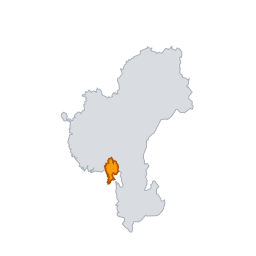 location of Shandong within China, rotated 115°
{"feature_id": "CHN-1814", "entity_name": "Shandong", "entity_type": "Province", "adm_level": 1, "iso_a3": "CHN", "parent_name": "China", "parent_adm1": "", "projection": "robinson", "projection_center": [118.824, 36.396], "detail": "fine", "context": "in_parent", "style": "filled", "palette": "amber", "viewbox_px": 256, "rotation_deg": 115, "n_neighbors": 0, "source": "natural_earth", "source_scale": "10m", "svg_char_len": 7995}
<svg xmlns="http://www.w3.org/2000/svg" viewBox="0 0 256 256"><g transform="rotate(115 128 128)"><path d="M138.8,181.8L134.6,180.0L134.2,178.0L135.0,177.0L132.0,176.5L130.1,174.9L125.7,177.9L124.7,177.0L122.6,178.3L120.9,177.1L119.8,178.5L118.4,178.1L117.8,179.0L118.3,183.1L116.7,183.0L116.3,180.9L113.2,181.9L112.5,179.8L110.1,179.4L111.2,176.3L109.2,175.4L108.6,172.7L109.2,171.9L105.0,172.7L105.5,171.5L105.0,170.0L106.0,167.6L108.9,165.3L109.2,158.8L108.0,158.9L107.5,156.7L106.1,155.3L105.0,156.4L101.7,155.7L102.7,154.3L102.3,153.2L101.3,153.7L102.1,152.5L101.1,151.7L98.9,153.3L96.5,152.2L91.9,154.8L89.9,157.4L87.6,158.2L85.4,156.9L81.0,156.1L77.5,159.8L76.8,156.9L73.5,157.9L70.4,156.8L69.7,157.5L68.8,156.8L68.3,157.6L67.4,156.2L65.6,156.0L65.8,155.0L62.9,153.8L62.6,152.6L60.9,152.7L56.3,148.4L54.3,148.4L53.2,149.5L47.4,144.3L46.3,144.7L46.5,142.2L45.6,140.1L48.3,140.2L47.4,134.4L48.3,133.3L46.3,132.0L46.0,128.9L40.3,127.6L39.6,126.7L39.8,124.5L35.5,122.6L38.0,121.7L37.4,120.9L37.7,117.8L34.6,117.1L34.6,113.9L35.6,113.4L36.1,111.6L39.1,110.0L41.4,109.5L41.5,110.7L43.5,110.5L45.8,108.0L49.6,107.8L51.8,106.0L56.7,104.1L56.9,101.8L58.2,101.0L57.8,100.4L59.1,100.0L58.4,96.4L59.2,94.1L57.5,93.5L63.3,91.8L65.6,92.6L66.1,91.5L65.3,90.9L68.5,85.0L73.5,86.3L75.7,85.4L77.1,80.8L79.7,80.0L81.1,77.9L83.8,77.7L84.0,79.9L90.3,83.2L91.8,87.3L90.2,91.1L90.7,92.3L98.5,93.3L103.7,95.8L103.5,96.7L106.2,101.6L121.7,102.3L123.6,103.7L128.2,105.2L130.7,104.8L130.6,105.6L132.1,105.8L137.7,103.2L145.5,102.7L148.8,101.4L150.7,99.3L153.6,97.9L152.1,95.4L153.6,92.8L158.7,94.0L161.6,91.6L165.0,91.4L167.7,88.3L170.0,88.0L170.3,87.2L177.5,86.9L177.0,85.1L173.5,82.0L171.3,82.0L170.1,83.3L168.3,82.5L165.8,83.1L164.7,81.5L168.2,75.2L171.6,76.4L175.7,74.3L175.4,73.1L178.0,68.8L179.9,67.0L179.6,65.3L177.9,64.7L180.5,62.7L187.9,61.7L193.8,63.5L195.9,66.0L199.8,73.8L199.8,75.3L205.5,76.8L208.7,78.8L210.3,83.1L214.7,83.0L216.5,81.6L219.8,80.6L221.0,81.0L221.4,83.0L219.8,84.5L219.2,88.4L217.2,92.6L213.4,91.9L210.9,93.6L212.1,99.1L211.6,100.9L209.7,101.6L210.0,102.3L208.0,100.6L207.5,102.6L205.2,104.2L202.5,104.4L203.4,105.8L203.0,106.6L198.5,105.4L196.4,108.4L193.1,110.1L191.2,112.1L186.8,113.3L181.7,116.6L181.5,115.9L183.3,115.2L183.7,114.1L182.0,114.1L182.0,113.5L185.0,109.9L183.6,108.1L181.6,108.4L179.5,110.9L176.2,112.7L174.9,114.9L171.2,115.1L170.8,117.7L174.8,119.2L174.8,121.9L175.9,122.6L177.3,122.5L178.9,120.6L180.4,120.0L183.2,121.4L186.4,121.6L185.4,123.8L184.1,123.3L180.6,124.5L180.1,126.4L178.7,126.1L179.0,127.0L175.5,131.3L179.0,133.4L180.9,139.5L184.0,142.4L183.8,143.2L179.8,141.7L178.3,142.3L180.4,142.1L184.0,145.6L181.1,148.1L179.6,148.2L178.8,148.7L182.2,148.5L184.9,150.1L183.0,151.6L184.5,151.6L184.4,152.9L182.9,152.9L183.6,153.6L183.0,154.8L183.4,156.1L181.9,156.0L180.6,157.2L178.4,162.4L176.9,161.8L177.8,163.5L176.5,164.6L175.4,164.3L177.0,164.8L177.0,167.1L175.6,166.9L175.9,167.7L174.9,167.8L173.9,170.0L171.2,170.6L171.9,171.4L169.7,173.9L168.2,173.7L166.7,176.4L158.7,178.0L157.1,175.8L156.4,176.5L157.1,179.1L155.6,179.2L154.0,180.8L153.2,180.0L153.0,180.9L151.9,180.5L150.7,181.6L146.8,182.5L146.0,183.9L147.1,185.6L146.5,186.4L145.0,186.1L144.3,184.1L145.2,181.9L144.1,181.1L142.7,182.1L140.5,180.3L140.6,181.3L138.8,181.8ZM147.5,187.0L148.7,188.8L145.5,193.4L143.7,194.3L141.0,193.1L141.0,190.2L143.0,188.0L147.5,187.0ZM184.1,144.0L183.0,143.8L182.0,142.8L182.8,143.0L184.1,144.0ZM185.5,149.4L184.7,149.6L184.5,149.1L185.5,149.4ZM177.7,166.3L177.3,166.9L177.3,166.2L177.7,166.3ZM146.4,183.7L147.2,183.4L147.1,183.9L146.4,183.7Z" fill="#d9dde1" stroke="#a8b0b8" stroke-width="1"/><path d="M171.3,118.3L171.7,118.5L171.8,118.6L172.0,118.7L172.0,118.8L172.3,118.8L172.5,118.8L173.2,118.9L173.5,119.1L173.8,118.9L174.5,118.8L174.8,119.0L174.7,119.1L174.8,119.2L174.9,119.5L175.1,119.5L175.3,119.9L175.6,120.1L175.8,120.4L175.8,120.6L175.6,120.6L175.3,120.3L175.2,120.3L175.0,120.7L174.9,120.8L174.8,121.1L174.8,121.7L174.8,122.0L175.4,122.5L175.9,122.6L176.3,122.7L176.6,122.6L177.0,122.6L177.4,122.6L177.4,122.4L177.8,122.2L177.6,121.8L178.3,121.5L178.7,121.2L179.0,120.9L179.1,120.7L178.7,120.5L179.2,120.5L179.5,120.3L179.8,120.3L180.4,120.0L180.7,120.0L180.8,120.0L181.0,120.0L181.2,120.3L181.3,120.4L181.6,120.5L181.6,120.8L182.2,120.9L182.4,120.8L182.3,120.7L182.4,120.8L182.5,120.9L182.4,120.9L182.4,121.0L182.6,121.2L182.7,121.4L182.9,121.4L183.0,121.5L183.3,121.5L183.2,121.4L183.5,121.4L184.1,121.4L184.1,121.5L184.3,121.5L184.3,121.3L184.4,121.1L184.5,121.1L184.8,121.1L184.7,121.3L184.8,121.4L184.9,121.6L185.0,121.4L185.2,121.6L185.8,121.5L186.1,121.6L186.4,121.6L186.5,121.7L186.4,121.7L186.1,121.8L186.2,122.0L186.0,121.9L186.1,122.1L186.2,122.3L186.3,122.4L186.1,122.4L186.1,122.5L185.9,122.5L185.7,122.8L185.8,122.9L185.6,123.0L186.0,123.0L186.0,123.5L185.9,123.5L185.9,123.4L185.6,123.4L185.6,123.5L185.5,123.8L185.4,123.8L184.9,123.7L185.0,123.5L184.9,123.3L184.9,123.1L184.8,123.3L184.6,123.3L184.5,123.5L184.5,123.3L184.5,123.2L184.1,123.2L184.2,123.4L183.7,123.5L183.3,123.8L183.4,123.7L183.2,123.8L183.2,124.1L182.9,124.1L182.8,123.9L183.1,123.8L183.1,123.7L182.9,123.7L182.8,123.9L182.7,123.8L182.6,124.0L182.4,124.1L182.5,124.2L182.2,124.2L181.7,124.4L181.5,124.6L181.3,124.5L181.0,124.7L180.8,124.4L180.4,124.6L180.5,124.7L180.4,124.8L180.5,124.9L180.7,124.7L180.8,124.6L180.9,124.8L181.0,124.8L181.0,125.0L180.9,125.2L180.9,125.3L180.8,125.5L180.8,125.4L180.7,125.3L180.7,125.2L180.4,125.2L180.3,125.4L180.4,125.7L180.1,125.7L180.3,126.3L180.1,126.5L179.8,126.5L179.6,126.6L179.2,126.8L179.0,126.7L179.2,126.2L179.1,125.9L179.0,126.0L178.8,126.2L178.5,126.1L178.4,126.1L178.4,126.3L178.4,126.5L178.6,126.7L178.7,126.9L178.7,127.0L178.8,126.9L178.8,127.0L179.0,126.9L179.0,127.0L178.8,127.1L178.7,127.3L178.7,127.1L178.5,127.3L178.4,127.3L178.2,127.5L178.1,127.9L177.9,127.8L177.9,128.0L177.8,128.3L177.7,128.4L177.6,128.2L177.4,128.4L177.3,128.5L177.3,128.4L177.0,128.5L176.7,129.2L176.6,129.4L176.3,129.5L176.2,129.7L176.1,130.3L175.8,130.4L175.6,130.3L175.2,130.5L174.8,130.5L174.5,130.6L174.5,130.9L174.3,131.3L174.2,131.5L174.1,131.8L173.6,131.8L173.3,131.9L173.2,132.1L173.1,132.7L173.0,132.8L172.9,132.9L172.3,133.0L172.3,132.8L172.2,132.6L172.3,132.4L172.1,132.3L172.0,132.0L171.6,131.9L171.2,132.0L171.1,132.5L170.8,132.5L170.5,132.7L170.4,132.7L170.1,132.7L169.7,132.2L169.5,132.3L169.4,132.4L169.4,132.7L169.3,132.8L169.2,132.8L169.1,132.6L169.1,132.3L168.8,131.8L168.6,131.5L168.5,131.2L168.1,130.8L167.9,130.9L167.5,130.9L167.0,131.1L166.8,131.3L166.8,131.6L166.7,131.8L166.7,132.1L166.3,132.3L166.2,132.3L165.9,132.3L165.8,132.1L165.6,132.2L165.4,132.2L165.1,132.2L164.9,132.3L164.5,132.2L164.4,132.3L164.0,132.3L163.9,132.2L163.7,132.0L163.7,131.8L163.7,131.5L163.3,131.3L163.2,131.3L163.0,131.1L162.9,130.9L162.3,130.7L162.0,130.7L161.8,130.6L161.9,130.2L162.2,129.9L162.6,129.2L162.8,129.2L163.1,129.1L163.3,128.9L163.4,128.7L163.6,128.6L163.6,128.3L163.9,128.1L164.0,128.0L164.3,127.9L164.7,127.5L164.8,127.5L165.1,127.4L165.1,127.2L165.3,127.0L165.6,127.0L165.7,126.8L165.8,126.6L165.3,126.8L165.0,126.8L164.7,127.0L164.1,127.2L163.9,127.2L163.8,127.3L163.7,127.5L163.5,127.8L163.4,127.7L163.4,127.1L163.7,126.9L163.8,126.6L163.8,126.3L163.8,126.0L163.7,125.8L163.5,125.6L163.3,125.1L163.5,124.7L163.7,124.4L163.9,124.2L164.4,123.9L164.5,123.8L164.6,123.6L164.9,123.3L164.9,123.1L165.1,122.9L165.3,122.4L165.5,122.2L165.5,121.9L166.0,121.7L166.2,121.8L166.3,121.8L166.4,121.6L166.3,121.4L166.4,121.2L166.5,121.1L166.7,120.8L166.8,120.9L166.8,121.2L166.9,121.3L167.0,121.2L167.5,120.8L167.6,120.5L167.9,120.3L167.9,120.1L168.1,120.0L168.7,120.0L169.0,119.9L170.0,119.9L170.3,119.6L170.4,119.3L170.5,119.2L170.9,119.1L171.1,118.9L171.2,118.7L171.3,118.3ZM180.3,119.4L180.3,119.5L180.2,119.4L180.3,119.4L180.3,119.4ZM180.0,119.4L180.0,119.5L179.9,119.5L180.0,119.4ZM180.6,118.3L180.6,118.2L180.6,118.3ZM180.4,118.6L180.5,118.7L180.4,118.7L180.4,118.6Z" fill="#f59e0b" stroke="#b45309" stroke-width="1.5"/></g></svg>